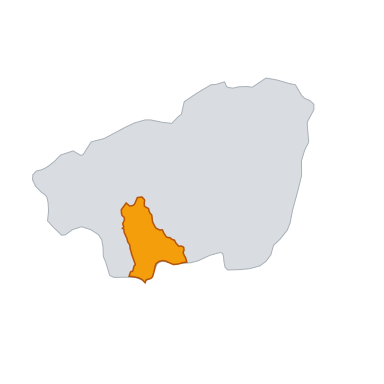 Lhuntshi highlighted on a map of Bhutan, rotated 159°
{"feature_id": "BTN-2483", "entity_name": "Lhuntshi", "entity_type": "District", "adm_level": 1, "iso_a3": "BTN", "parent_name": "Bhutan", "parent_adm1": "", "projection": "equal_earth", "projection_center": [91.057, 27.736], "detail": "fine", "context": "in_parent", "style": "filled", "palette": "amber", "viewbox_px": 384, "rotation_deg": 159, "n_neighbors": 0, "source": "natural_earth", "source_scale": "10m", "svg_char_len": 3034}
<svg xmlns="http://www.w3.org/2000/svg" viewBox="0 0 384 384"><g transform="rotate(159 192 192)"><path d="M297.9,162.4L297.4,165.1L294.9,172.0L293.4,179.6L294.7,185.9L300.2,193.3L307.6,199.2L317.0,199.7L325.6,197.4L329.1,198.3L333.8,208.2L337.2,216.8L332.7,225.7L330.2,233.5L329.3,239.0L329.9,241.4L332.7,245.8L336.0,253.5L336.5,260.5L334.4,265.1L329.9,267.4L325.2,266.7L321.3,266.8L316.4,267.7L308.7,270.2L301.5,273.6L288.2,273.0L282.8,266.0L280.2,266.0L268.1,275.0L254.8,273.4L230.6,276.4L220.5,277.1L210.1,276.1L204.9,274.2L195.1,267.9L186.3,263.3L177.3,267.5L174.1,268.3L166.9,279.1L151.2,282.7L135.6,285.3L131.0,283.8L122.2,283.2L121.9,280.7L122.2,278.2L120.2,276.3L116.6,274.3L110.5,273.4L102.7,270.7L98.1,268.2L82.1,271.9L72.8,266.3L62.3,258.4L57.0,255.0L55.1,243.0L53.3,239.1L49.1,235.0L46.8,230.2L48.7,225.2L59.3,216.0L60.2,213.9L65.2,196.7L72.0,190.5L78.7,181.8L83.8,168.1L93.6,154.0L104.3,139.5L111.7,127.7L116.6,122.3L126.7,116.4L135.1,112.9L140.9,105.1L147.9,100.7L155.1,98.7L165.8,99.8L175.8,102.6L186.8,106.5L188.1,109.7L187.2,115.2L185.6,120.9L185.5,123.8L187.2,125.4L198.0,126.5L211.2,125.6L218.6,126.4L235.1,131.6L239.9,135.3L245.0,138.1L249.9,137.6L256.1,131.6L262.7,126.4L266.8,125.6L269.7,127.3L275.0,132.2L285.9,136.8L295.6,140.3L298.7,143.6L297.7,157.7L297.9,162.4Z" fill="#d9dde1" stroke="#a8b0b8" stroke-width="1"/><path d="M222.0,128.3L224.9,129.2L230.3,129.6L235.3,130.9L239.8,135.3L241.0,136.7L243.9,138.5L247.7,139.0L251.2,138.0L253.5,135.3L254.7,133.0L258.4,128.0L260.0,126.5L262.3,126.0L264.5,126.4L266.5,126.3L268.3,124.1L270.0,128.2L272.7,131.1L279.4,135.3L280.9,135.9L279.4,137.9L278.1,139.3L277.7,139.5L277.3,139.6L276.4,139.3L276.0,139.3L275.5,139.6L272.7,143.6L272.3,143.9L271.9,144.1L271.5,144.1L271.1,144.3L270.9,144.8L270.8,145.5L270.8,146.9L270.6,156.4L270.2,158.4L270.2,159.7L270.0,161.6L269.6,163.0L269.3,163.8L269.1,164.7L269.2,165.5L269.8,168.1L269.8,169.0L269.4,171.8L269.8,178.8L268.9,181.3L270.0,183.1L269.1,183.4L268.8,183.5L268.3,183.8L268.1,184.3L268.2,186.2L268.1,187.2L266.0,189.2L265.1,190.3L264.4,192.3L264.9,193.7L265.5,194.7L265.7,195.2L265.5,197.3L264.4,200.8L257.4,205.3L255.4,201.6L254.8,201.1L253.2,200.7L251.7,200.6L249.8,201.4L245.0,206.4L240.5,205.3L239.2,202.1L239.2,201.5L239.4,200.7L239.8,200.2L240.2,199.6L241.5,196.0L240.2,193.9L239.2,193.0L238.7,192.3L238.5,191.7L238.6,191.2L238.8,190.6L238.9,189.9L238.7,187.1L237.9,185.0L237.9,184.6L238.1,183.8L238.9,180.8L239.5,178.4L239.3,175.7L239.0,173.1L238.7,171.9L238.4,171.0L236.0,168.3L235.6,167.9L235.2,167.8L233.9,167.6L233.3,167.3L233.1,166.9L233.1,164.2L232.2,159.7L231.9,159.0L231.4,158.7L230.6,158.0L230.2,157.8L229.6,157.7L229.2,157.4L228.7,156.8L228.1,155.6L226.8,154.1L225.6,153.4L225.4,150.4L224.1,146.8L223.6,146.1L223.1,145.9L222.2,145.7L221.6,145.4L221.0,145.0L220.0,144.0L219.7,143.4L219.6,142.9L220.0,141.9L220.1,141.1L220.4,140.5L220.8,139.9L221.6,139.3L221.9,138.8L222.0,137.9L222.0,135.2L221.7,134.1L221.6,133.1L221.6,132.0L222.0,128.3Z" fill="#f59e0b" stroke="#b45309" stroke-width="1.5"/></g></svg>